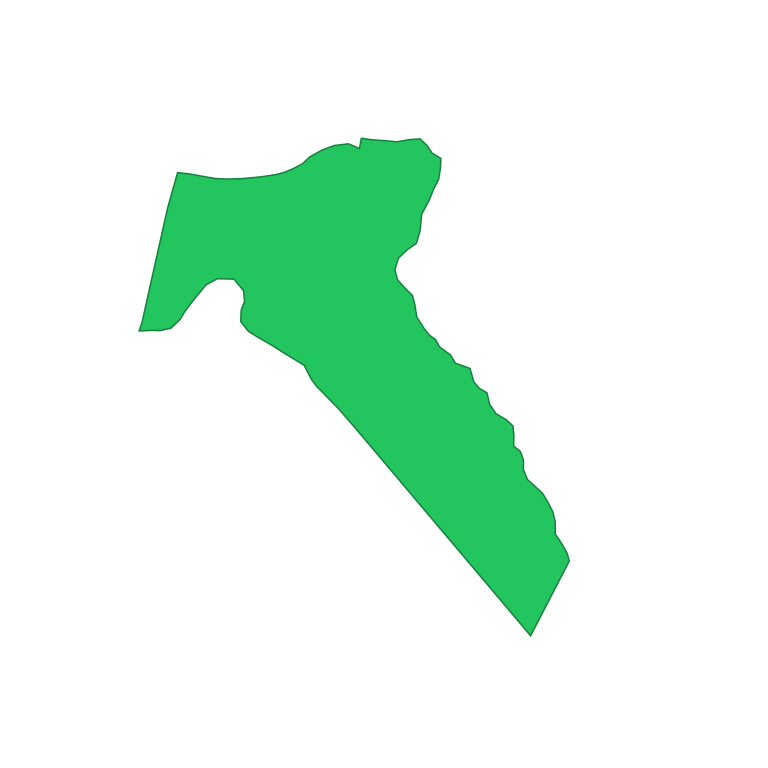 Barra de Santo Antônio, Alagoas, Brazil, rotated 236°
{"feature_id": "56859067B30618154167224", "entity_name": "Barra de Santo Antônio", "entity_type": "district", "adm_level": 2, "iso_a3": "BRA", "parent_name": "Brazil", "parent_adm1": "Alagoas", "projection": "albers", "projection_center": [-35.554, -9.378], "detail": "fine", "context": "isolated", "style": "filled", "palette": "green", "viewbox_px": 768, "rotation_deg": 236, "n_neighbors": 0, "source": "geoboundaries", "source_scale": "gbopen_adm2", "svg_char_len": 1442}
<svg xmlns="http://www.w3.org/2000/svg" viewBox="0 0 768 768"><g transform="rotate(236 384 384)"><path d="M674.7,331.1L650.7,302.8L599.6,248.7L571.1,218.6L564.9,210.7L558.2,221.6L553.6,228.0L549.4,238.6L551.5,250.9L555.6,259.8L559.5,271.2L562.4,280.6L565.7,292.0L564.4,304.8L554.8,318.3L539.8,319.7L530.4,314.5L525.1,306.9L515.9,300.1L503.7,301.0L495.0,304.8L486.2,309.1L477.7,313.2L467.6,317.5L457.2,322.3L444.0,328.3L428.8,326.4L419.2,326.9L410.3,328.6L400.4,330.4L389.5,332.4L364.7,335.4L313.1,341.0L104.2,363.6L93.3,364.7L133.6,438.6L141.1,441.1L151.9,442.1L163.8,442.1L174.1,448.9L183.7,452.5L194.8,453.8L204.8,454.3L215.5,451.8L224.5,449.5L235.3,451.8L243.0,457.1L251.8,459.3L260.1,456.8L268.4,462.7L277.2,467.5L286.0,465.4L296.5,460.3L307.9,460.2L319.1,464.4L327.0,460.6L335.5,459.7L348.8,464.0L361.4,454.8L371.0,455.4L383.6,450.8L391.9,451.6L399.6,448.8L408.7,448.3L421.3,448.7L432.2,453.8L441.4,457.1L453.1,454.8L463.1,453.5L472.8,457.1L480.2,466.2L482.3,477.9L482.5,489.5L490.8,499.6L503.7,510.2L510.9,523.9L518.4,535.0L523.1,543.8L531.4,551.5L539.2,557.3L548.5,553.0L557.7,553.0L567.0,551.0L572.4,541.8L577.7,529.9L584.9,521.3L589.7,515.0L594.6,509.0L600.4,502.6L592.9,495.3L602.9,489.0L609.6,476.0L612.7,462.7L613.8,449.7L612.2,439.4L613.5,427.8L615.5,418.6L618.4,410.6L624.8,397.4L633.2,382.0L641.9,368.1L648.6,359.2L655.0,352.4L660.8,346.5L666.7,340.5L674.7,331.1Z" fill="#22c55e" stroke="#15803d" stroke-width="1.5"/></g></svg>